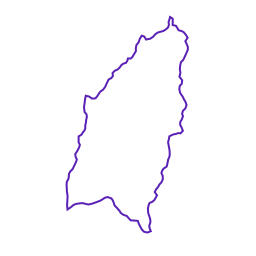 outline of Mesquita, Minas Gerais, Brazil, rotated 174°
{"feature_id": "56859067B82042747316745", "entity_name": "Mesquita", "entity_type": "district", "adm_level": 2, "iso_a3": "BRA", "parent_name": "Brazil", "parent_adm1": "Minas Gerais", "projection": "orthographic", "projection_center": [-42.614, -19.25], "detail": "fine", "context": "isolated", "style": "outline", "palette": "violet", "viewbox_px": 256, "rotation_deg": 174, "n_neighbors": 0, "source": "geoboundaries", "source_scale": "gbopen_adm2", "svg_char_len": 2356}
<svg xmlns="http://www.w3.org/2000/svg" viewBox="0 0 256 256"><g transform="rotate(174 128 128)"><path d="M116.1,23.0L117.0,26.0L117.0,28.8L115.6,31.8L115.4,34.6L115.9,37.4L116.8,41.4L116.6,45.9L115.6,49.0L114.4,51.2L111.7,52.0L109.5,53.4L108.0,55.4L106.2,58.0L108.1,61.5L106.4,64.2L104.4,66.0L102.7,68.5L100.5,70.4L98.7,73.4L98.5,76.9L99.5,79.6L98.6,81.8L96.9,83.9L93.6,85.6L92.5,88.6L91.4,92.3L89.7,95.3L89.2,97.9L89.0,101.4L89.3,105.2L89.6,109.6L88.4,113.1L87.7,115.4L84.0,116.8L81.1,117.1L78.5,117.7L76.3,117.2L73.7,119.5L74.6,122.7L75.8,125.7L75.4,128.5L73.6,130.9L72.1,134.0L72.7,136.5L71.6,139.3L68.8,141.6L67.4,144.7L68.1,148.0L69.2,150.3L70.2,153.2L71.3,155.2L72.5,157.6L72.9,161.4L72.1,164.5L70.0,166.2L69.1,169.8L71.5,173.6L70.1,177.4L70.3,181.2L69.5,185.0L68.3,188.2L66.4,189.5L65.1,191.3L63.3,194.3L61.5,197.5L60.3,199.7L60.0,202.6L60.9,205.3L61.9,208.3L59.3,211.5L60.7,214.6L62.6,217.5L64.5,218.8L67.4,219.9L69.6,224.6L72.8,225.7L72.4,229.2L72.1,232.0L74.6,234.0L75.5,231.5L76.6,229.0L76.5,226.2L77.7,223.8L79.7,222.3L82.7,220.8L85.7,220.3L88.5,219.8L91.3,218.2L93.5,216.1L96.5,214.5L100.8,214.1L102.2,217.2L104.6,218.4L107.0,215.4L108.5,212.1L110.9,209.7L111.9,206.4L112.1,203.6L114.5,200.5L116.3,198.1L118.1,196.8L120.8,197.2L121.6,195.0L123.2,193.0L125.9,192.5L128.2,191.1L129.9,189.1L132.1,187.3L135.2,186.3L137.6,184.3L137.6,181.2L139.4,179.4L142.2,178.2L144.6,174.5L146.4,171.3L148.8,168.7L151.7,167.1L153.5,165.1L155.2,162.9L157.2,160.9L160.7,161.0L163.3,163.3L166.6,164.5L167.7,161.1L168.6,157.1L169.6,153.3L169.5,148.5L167.9,146.0L167.7,143.6L168.6,140.8L169.4,137.5L170.3,134.7L170.5,132.0L171.7,129.9L173.4,128.3L175.0,126.2L178.0,124.8L178.3,121.7L178.6,119.0L177.6,116.2L179.0,113.2L181.2,110.0L183.2,107.6L183.1,105.0L182.2,101.9L183.4,99.3L185.1,96.6L187.3,93.0L190.1,90.7L191.5,88.5L191.9,86.1L192.5,83.7L194.4,81.0L195.0,78.1L195.2,74.7L195.4,70.9L195.2,67.0L195.6,63.9L196.2,60.5L196.7,57.2L196.7,53.3L192.9,55.3L190.2,57.2L187.7,57.9L184.3,58.1L180.9,58.0L177.6,56.8L175.5,56.1L172.7,56.3L170.3,56.8L167.3,57.5L163.2,58.6L160.6,59.8L158.2,61.1L155.3,61.4L151.9,59.7L150.7,57.6L150.0,55.1L149.4,52.3L147.2,49.5L145.2,46.7L144.0,44.2L141.5,42.0L138.5,40.7L137.0,38.6L135.0,35.9L131.5,35.3L127.9,34.6L127.2,31.5L126.1,28.7L124.8,25.5L122.8,23.1L119.5,22.0L116.1,23.0Z" fill="none" stroke="#5b21b6" stroke-width="2"/></g></svg>